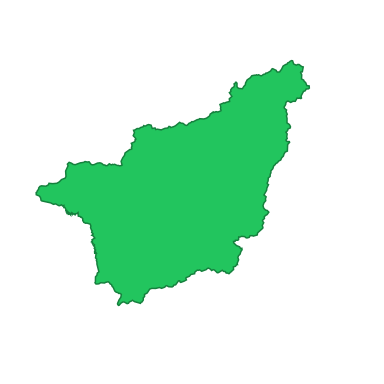 Ngao, Lampang, Thailand (orthographic projection), rotated 70°
{"feature_id": "78962969B20841547873304", "entity_name": "Ngao", "entity_type": "district", "adm_level": 2, "iso_a3": "THA", "parent_name": "Thailand", "parent_adm1": "Lampang", "projection": "orthographic", "projection_center": [99.933, 18.773], "detail": "fine", "context": "isolated", "style": "filled", "palette": "green", "viewbox_px": 384, "rotation_deg": 70, "n_neighbors": 0, "source": "geoboundaries", "source_scale": "gbopen_adm2", "svg_char_len": 6073}
<svg xmlns="http://www.w3.org/2000/svg" viewBox="0 0 384 384"><g transform="rotate(70 192 192)"><path d="M131.5,277.4L128.4,278.4L128.0,280.2L126.8,282.1L127.1,283.7L126.4,287.0L126.4,292.4L125.4,294.2L123.8,295.3L122.1,297.3L123.2,299.6L125.0,299.5L129.1,303.6L134.3,305.1L135.6,306.4L135.7,310.4L137.1,313.3L137.6,315.9L136.5,320.1L134.9,323.4L136.1,324.4L136.6,327.2L134.7,331.4L134.7,333.0L135.8,334.7L136.9,335.2L138.0,337.0L139.0,337.7L139.2,338.6L141.3,339.3L143.7,336.7L145.8,336.3L148.3,336.7L149.0,336.2L153.9,328.5L156.2,326.4L156.5,324.2L159.2,321.9L159.6,321.1L159.4,319.0L160.9,318.4L160.8,317.0L162.7,317.7L162.8,317.1L163.4,316.7L165.5,316.5L166.4,317.0L166.7,316.0L167.9,316.7L168.0,315.5L169.5,315.2L169.5,315.6L168.5,316.3L169.4,316.8L169.7,315.9L170.7,315.9L170.9,314.8L170.2,314.6L171.8,314.0L170.4,313.7L171.2,312.9L170.6,312.3L172.1,312.2L171.3,311.4L172.2,311.1L172.1,310.3L172.6,309.7L173.2,309.9L173.5,309.6L172.6,308.8L173.1,306.9L172.5,306.7L172.3,306.1L175.8,307.1L177.1,305.1L177.6,305.2L178.1,304.4L179.7,303.8L181.7,304.5L182.3,304.0L183.5,304.1L185.0,302.6L185.3,301.4L187.4,298.6L189.5,298.7L190.7,299.5L193.3,299.5L194.3,299.1L195.6,300.1L197.6,299.2L198.4,300.9L199.0,300.1L202.0,299.1L202.7,302.3L203.7,302.2L204.5,303.5L205.2,302.8L205.9,303.2L206.2,302.8L207.0,303.0L207.0,302.5L208.4,301.7L208.9,302.2L208.8,302.8L210.8,302.2L211.5,303.1L212.1,302.8L213.0,303.0L213.1,302.4L213.8,302.6L214.2,303.4L215.9,303.0L215.0,304.0L216.3,304.4L216.7,303.5L217.5,303.4L220.9,305.2L222.4,304.5L223.7,305.3L225.0,305.2L227.3,306.0L235.2,306.8L235.8,308.7L237.8,309.9L238.7,311.7L243.4,313.5L244.1,314.2L245.6,313.7L246.3,311.6L246.4,310.5L246.0,308.9L247.6,305.3L247.4,303.9L247.7,301.4L249.0,300.6L250.3,300.4L251.5,299.3L253.5,299.3L254.5,298.7L258.7,298.4L260.1,297.6L261.4,295.9L262.3,295.5L262.5,294.5L264.0,293.4L266.6,294.9L268.5,297.5L271.3,300.1L272.2,300.3L273.4,299.9L273.5,299.2L272.2,296.9L271.7,294.6L272.2,293.3L274.7,291.2L274.8,289.7L273.8,288.4L273.8,286.7L273.4,284.9L275.3,283.6L279.0,278.5L278.3,277.8L278.2,276.5L276.8,274.7L274.8,274.0L274.0,272.3L272.0,271.7L271.6,268.7L268.8,265.0L268.8,262.8L270.2,259.1L270.6,255.3L272.1,253.5L272.1,250.1L271.4,249.0L271.4,247.7L273.0,246.4L274.4,243.2L274.2,242.0L273.3,241.0L273.6,239.1L270.9,235.1L271.2,234.0L272.7,233.9L273.1,233.5L273.1,230.1L272.7,227.3L270.9,227.3L270.4,226.7L270.3,223.2L269.1,221.3L269.7,217.5L268.3,216.8L267.2,213.8L267.8,212.8L267.8,211.5L269.8,210.0L269.8,205.2L269.1,203.7L269.1,202.6L270.5,201.3L272.5,200.4L272.2,198.7L273.0,197.6L276.5,195.9L276.8,194.8L275.9,190.3L277.4,189.5L278.2,187.9L279.9,187.6L280.2,186.5L281.3,185.4L281.4,184.8L280.5,183.4L280.3,182.0L279.5,181.0L279.2,179.5L276.5,178.7L276.7,176.6L275.4,174.6L275.7,174.1L274.4,173.9L271.7,171.4L269.2,171.3L267.8,170.1L266.9,168.1L264.7,166.5L263.4,164.7L261.9,164.4L261.7,165.7L259.8,166.0L257.6,168.5L254.1,170.2L252.7,169.9L253.1,168.4L252.2,167.8L253.0,165.5L252.7,164.5L250.2,163.5L250.7,162.5L250.6,160.7L251.9,157.8L253.6,156.8L254.0,156.0L254.2,153.8L252.9,152.3L253.8,150.0L254.4,149.5L254.7,145.4L252.8,144.3L250.3,138.0L249.6,137.5L247.4,137.4L245.4,135.1L243.7,135.6L242.7,135.4L241.7,133.0L240.0,132.6L239.2,130.9L238.9,129.1L237.2,126.7L235.0,127.7L234.2,129.0L231.9,130.1L229.2,130.0L226.8,128.1L225.4,125.7L223.5,125.3L221.9,124.0L219.4,125.4L215.9,121.3L213.9,120.3L211.2,117.6L210.1,118.4L209.4,118.4L207.6,116.7L204.9,115.5L204.1,113.3L202.0,112.4L201.0,111.3L199.1,110.6L197.8,108.1L195.5,106.4L194.7,104.4L193.9,103.5L193.7,101.7L192.6,100.1L192.3,97.7L190.5,96.0L189.5,93.8L187.8,92.6L186.3,90.7L186.2,88.4L180.1,85.9L178.7,83.3L177.9,83.3L177.0,85.5L175.9,86.0L174.9,85.6L174.4,84.3L172.3,84.0L170.0,82.7L167.9,83.3L167.1,81.3L165.6,80.2L165.4,77.7L164.1,77.1L161.9,77.4L159.5,79.1L155.3,77.5L152.7,77.2L151.5,75.9L148.6,76.1L147.3,75.1L145.0,76.5L143.7,76.4L142.0,74.2L140.0,73.1L139.3,71.5L139.5,70.5L141.6,68.6L141.3,66.1L142.1,63.9L139.7,61.1L140.5,59.6L140.5,58.6L141.2,58.2L141.4,57.5L141.2,57.0L139.5,56.8L138.4,55.9L135.6,52.8L135.6,51.0L134.3,49.5L134.9,47.2L134.5,46.2L132.4,45.6L131.3,47.7L127.9,47.8L126.6,48.7L125.0,48.8L123.2,50.4L119.4,48.8L116.8,49.1L116.4,48.7L116.8,47.2L112.5,44.7L111.6,46.0L108.8,47.8L108.3,49.1L108.5,50.6L106.8,52.4L106.2,52.7L103.1,52.6L102.6,53.4L102.7,54.9L103.4,56.6L103.4,57.9L104.4,59.2L104.2,60.3L104.8,63.3L107.8,66.4L108.0,67.3L108.9,68.0L109.1,68.7L108.6,70.6L107.7,71.3L106.6,71.2L103.7,74.0L103.7,74.8L105.2,76.8L105.9,80.6L105.5,81.9L106.2,83.0L105.9,84.6L106.6,86.8L106.1,87.9L104.6,89.3L104.6,90.6L103.9,91.4L104.0,92.6L103.6,93.3L103.2,96.0L104.6,98.2L105.5,101.8L107.9,104.4L109.5,105.2L110.5,107.2L112.2,109.3L110.6,112.7L109.5,113.4L108.4,113.7L105.2,112.5L104.0,112.9L103.8,113.6L104.7,114.4L104.8,115.5L106.4,115.7L107.5,116.6L108.0,118.9L109.3,120.7L110.9,121.1L111.4,122.9L115.8,121.8L117.2,125.1L119.8,125.7L119.4,129.3L119.7,130.8L119.1,131.5L119.3,135.8L122.1,135.9L123.6,136.8L125.1,136.7L125.6,137.1L125.7,140.3L124.7,141.9L124.8,143.6L124.0,144.6L124.6,144.9L124.3,146.0L124.7,146.6L124.9,148.1L126.6,149.6L127.6,153.2L127.4,156.0L125.7,159.8L126.1,160.7L125.8,162.4L126.4,166.8L125.8,168.2L126.4,169.5L126.4,171.3L127.5,173.4L127.6,174.3L126.9,175.4L124.3,177.1L123.7,178.6L122.3,179.8L124.1,184.8L124.3,186.7L124.2,189.9L123.1,190.3L122.5,191.2L123.6,192.9L122.9,195.6L123.1,199.7L121.1,203.1L120.9,204.7L119.2,204.8L118.7,207.6L115.2,207.6L113.8,209.7L113.7,211.3L114.1,212.7L113.9,213.9L113.1,214.6L114.0,215.7L113.8,218.5L114.4,219.7L113.6,221.9L114.2,224.6L114.0,225.8L116.6,225.8L119.0,228.0L121.5,226.9L123.1,226.6L123.4,227.6L124.6,228.0L125.2,228.9L125.5,232.4L127.0,232.3L128.6,232.8L129.2,233.6L130.9,233.8L131.1,234.8L130.8,235.9L132.4,241.5L134.5,242.9L136.2,245.4L138.9,248.1L142.5,248.5L143.0,248.8L142.7,251.1L141.8,252.1L141.5,253.2L139.5,255.2L139.4,256.6L138.8,257.2L139.0,258.5L137.2,260.1L138.2,262.5L137.8,264.0L136.8,264.6L136.3,265.9L134.2,267.1L133.1,268.5L132.5,271.0L132.8,274.7L132.4,276.4L131.5,277.4Z" fill="#22c55e" stroke="#15803d" stroke-width="1.5"/></g></svg>